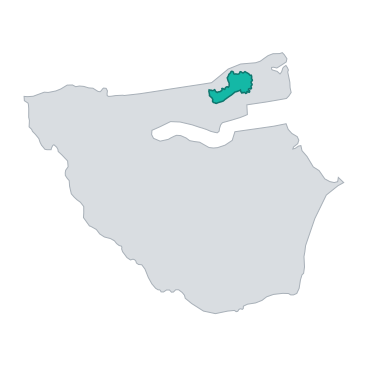 location of Sedhiou, Sédhiou, Senegal, rotated 171°
{"feature_id": "50182788B34006486463131", "entity_name": "Sedhiou", "entity_type": "district", "adm_level": 2, "iso_a3": "SEN", "parent_name": "Senegal", "parent_adm1": "Sédhiou", "projection": "natural_earth1", "projection_center": [-15.59, 12.794], "detail": "fine", "context": "in_parent", "style": "filled", "palette": "teal", "viewbox_px": 384, "rotation_deg": 171, "n_neighbors": 0, "source": "geoboundaries", "source_scale": "gbopen_adm2", "svg_char_len": 7815}
<svg xmlns="http://www.w3.org/2000/svg" viewBox="0 0 384 384"><g transform="rotate(171 192 192)"><path d="M298.6,174.5L303.2,183.7L302.2,188.2L301.2,194.6L303.8,199.3L306.9,202.4L309.1,205.2L311.5,209.1L312.0,216.9L311.5,222.5L313.1,225.0L314.5,228.2L314.2,230.8L313.4,233.2L310.4,236.3L310.0,242.1L314.8,249.1L317.8,252.9L317.8,255.1L318.7,257.5L321.0,260.3L322.3,259.7L323.9,257.4L324.6,255.8L328.7,256.5L330.6,257.2L333.3,261.8L334.3,264.9L334.9,268.7L337.7,273.5L340.1,276.9L340.6,279.0L342.7,281.8L341.4,288.1L341.6,291.4L340.2,299.9L339.9,303.9L340.0,305.4L343.3,308.4L342.9,312.7L339.6,311.9L333.9,311.4L322.3,313.7L318.4,312.8L310.8,313.1L305.4,314.3L298.6,317.1L293.3,316.4L290.4,314.2L286.6,314.3L282.3,313.2L277.8,311.0L273.6,310.0L269.2,306.1L267.1,305.4L265.6,306.4L264.4,307.7L263.1,308.5L260.6,307.8L259.7,305.1L260.5,302.5L260.7,300.6L259.6,299.5L256.8,299.2L252.4,299.2L245.3,298.4L243.7,297.9L227.8,297.2L211.2,297.1L197.2,297.1L179.6,297.0L167.2,296.9L155.6,296.9L146.6,302.1L137.0,307.8L123.9,310.8L108.9,309.7L104.1,310.5L99.2,313.0L95.5,314.8L90.4,315.9L83.7,315.0L81.0,315.5L79.3,313.0L77.4,308.8L78.6,305.7L82.7,303.8L88.8,301.2L92.0,302.5L93.9,302.6L94.2,300.9L93.6,300.0L89.0,297.8L86.6,294.8L84.7,296.6L82.9,300.2L81.5,301.3L79.4,302.3L78.3,299.8L77.7,297.4L78.7,295.6L78.2,285.2L78.8,279.6L78.5,274.8L81.4,271.6L84.1,269.6L94.9,269.4L104.8,269.3L114.4,269.4L124.2,269.5L125.2,259.8L128.3,259.0L132.9,258.0L141.5,256.8L151.1,255.7L153.2,253.8L154.8,250.6L155.8,247.7L157.8,246.5L160.5,247.5L164.0,249.0L167.6,251.3L171.8,253.5L174.6,254.8L181.3,258.3L192.8,263.0L202.2,264.9L213.6,261.4L221.9,259.2L222.9,255.0L221.6,251.0L215.5,247.2L207.1,247.7L204.6,248.7L200.7,249.9L198.4,250.4L194.4,249.5L189.4,246.3L186.3,243.1L181.9,241.5L176.7,240.0L168.3,233.3L164.0,232.1L159.9,231.8L152.0,233.1L144.2,236.7L140.2,244.8L132.4,244.7L116.0,244.4L100.9,244.2L88.4,244.7L87.2,238.8L84.2,234.2L79.4,230.2L78.4,226.5L80.0,223.2L84.7,220.6L85.7,218.7L83.3,218.9L79.6,220.7L77.2,220.8L76.9,215.6L72.8,209.0L68.3,197.8L63.1,193.2L58.8,184.2L54.2,180.7L50.1,179.1L46.5,179.4L45.2,183.5L40.7,177.6L46.8,175.4L59.8,168.0L74.8,146.6L88.2,121.3L89.9,115.3L91.5,110.7L92.6,100.4L94.5,94.2L96.3,93.0L98.6,88.3L101.3,80.0L104.4,75.4L107.9,74.5L110.6,74.9L112.5,76.6L118.2,77.7L127.5,78.1L134.7,76.8L139.8,74.0L146.5,72.5L154.8,72.5L159.1,71.2L159.6,68.9L160.6,68.2L162.4,69.1L164.0,68.7L165.5,67.0L167.1,66.9L168.6,68.4L175.5,68.8L187.9,68.2L199.3,72.6L209.8,81.9L215.3,88.1L215.6,91.2L217.4,94.3L220.5,97.5L223.4,98.0L226.0,96.1L228.0,96.3L229.5,98.7L232.5,99.2L235.8,97.7L238.2,98.2L238.6,99.6L239.2,100.4L240.8,100.7L243.0,102.6L246.0,107.5L248.5,114.4L250.5,123.2L253.0,128.0L256.2,128.8L258.0,130.6L258.3,132.7L259.3,134.1L260.8,134.9L263.4,134.5L266.5,137.4L269.9,143.9L270.4,146.8L269.9,148.4L270.1,149.5L272.4,150.6L274.5,152.8L276.2,155.9L279.9,158.8L285.6,161.3L289.7,165.0L292.3,169.9L297.5,174.0L298.6,174.5Z" fill="#d9dde1" stroke="#a8b0b8" stroke-width="1"/><path d="M115.2,298.1L115.5,298.1L115.9,298.1L116.1,298.1L116.5,298.4L116.8,298.7L116.8,298.8L117.2,299.5L117.4,299.8L117.6,299.9L118.1,300.4L118.3,300.5L118.5,300.8L119.0,301.1L119.6,301.5L119.8,301.7L120.7,302.5L120.8,302.6L121.0,302.6L121.8,302.1L122.1,301.9L122.3,301.8L122.7,301.7L122.9,301.6L123.6,301.9L123.9,302.2L124.0,302.3L124.6,302.9L125.0,303.2L125.3,303.2L125.7,303.2L125.9,302.9L126.0,302.7L126.2,302.4L126.4,302.1L126.8,301.6L127.0,301.4L127.3,301.3L127.5,301.3L127.7,301.2L127.8,301.2L128.3,301.2L128.6,301.3L129.0,301.3L129.4,301.5L129.5,301.5L130.0,301.7L130.2,301.8L130.4,301.8L130.8,301.8L131.3,301.7L131.5,301.8L131.9,302.0L132.1,302.1L132.2,302.3L132.3,302.5L132.3,302.8L132.3,303.1L132.3,303.3L132.3,303.8L132.4,304.0L132.8,304.5L133.0,304.7L133.3,304.8L133.7,304.9L133.9,305.0L134.2,305.0L134.4,304.9L134.6,304.7L134.9,304.5L135.1,304.2L135.4,303.6L135.9,303.3L136.5,302.9L137.0,302.6L137.2,302.4L137.3,302.3L137.4,302.1L137.7,301.3L137.9,301.1L137.9,300.9L138.0,300.8L138.6,300.1L139.2,299.5L139.3,299.4L139.3,299.1L139.3,298.8L139.0,296.4L138.9,295.9L138.8,295.5L138.6,295.0L138.4,294.2L138.3,293.9L138.3,293.6L138.3,293.2L138.4,292.8L138.5,292.5L138.5,292.4L138.5,292.2L138.7,291.0L138.8,290.7L139.1,290.4L139.3,290.3L139.4,290.2L139.5,290.1L139.6,289.8L139.7,289.7L139.9,289.8L140.2,290.1L140.4,290.3L140.8,290.5L141.2,290.4L141.5,290.4L142.3,290.0L142.4,289.9L142.6,289.7L142.8,289.6L143.1,289.2L143.4,288.5L143.5,288.3L143.8,288.2L144.0,288.3L144.4,288.6L144.9,289.1L145.1,289.3L145.3,289.4L145.5,289.5L145.9,289.6L146.1,289.6L146.3,289.5L146.4,289.4L146.3,289.0L146.3,288.7L146.3,288.4L146.4,288.2L146.5,288.1L146.6,287.9L146.8,287.5L147.0,287.4L147.6,287.3L148.1,286.9L148.4,286.9L148.6,286.8L148.8,286.7L149.5,286.7L149.7,286.8L150.0,286.8L150.4,286.7L150.5,286.7L150.8,286.7L151.2,286.5L151.3,286.3L151.7,286.4L151.8,286.5L152.0,286.9L152.1,287.0L152.4,287.0L152.5,287.1L152.8,287.5L153.0,287.7L153.1,287.8L153.1,288.0L153.2,288.3L153.2,288.6L153.3,288.9L153.6,289.5L153.8,289.6L154.0,289.4L154.2,289.2L154.8,289.0L155.0,289.0L155.4,289.0L155.6,289.0L155.9,288.9L156.2,289.0L156.3,289.0L156.6,289.1L156.8,289.3L157.1,289.4L157.1,289.5L157.3,289.5L157.6,289.5L157.8,289.5L158.0,289.6L158.3,290.0L158.8,290.0L159.0,290.1L159.0,289.9L159.3,289.5L159.5,289.3L159.5,289.2L159.6,288.8L159.5,287.0L159.5,286.3L159.5,286.2L159.5,285.7L159.5,285.3L159.6,284.9L159.7,284.4L157.7,281.9L157.5,281.6L157.4,281.4L157.4,281.2L157.2,280.5L157.0,280.3L157.0,280.1L157.0,279.9L157.1,279.5L157.5,278.8L157.5,278.5L157.5,278.1L157.4,277.8L157.3,277.7L157.0,277.4L156.9,277.4L156.8,277.1L156.7,277.1L156.3,276.8L156.0,276.7L155.8,276.6L155.7,276.6L155.4,276.4L155.2,276.4L155.0,276.2L154.8,276.1L154.7,276.0L154.7,275.9L154.4,275.8L154.2,275.7L153.9,275.8L153.6,275.8L153.3,275.9L153.2,275.9L153.1,276.0L152.7,276.1L152.1,276.2L151.9,276.2L151.4,276.3L151.1,276.3L150.9,276.4L150.7,276.4L150.3,276.4L150.2,276.5L149.8,276.5L149.5,276.5L149.2,276.6L148.8,276.6L148.7,276.7L148.3,276.7L147.6,276.8L147.3,276.9L147.1,276.9L146.9,277.0L146.7,277.1L146.4,277.3L146.1,277.4L145.9,277.6L145.7,277.7L144.6,278.5L144.3,278.5L144.1,278.6L142.8,279.3L141.4,280.0L140.7,280.4L140.3,280.5L139.4,281.0L138.6,281.3L137.4,281.9L136.9,282.2L136.4,282.5L134.9,283.4L134.6,283.6L134.2,283.9L134.0,284.0L133.4,284.1L132.8,284.1L132.4,284.2L131.9,284.2L131.1,284.4L130.7,284.5L130.4,284.5L129.3,284.8L129.1,284.8L128.6,285.0L128.4,285.0L128.2,285.1L128.2,284.4L128.2,284.2L128.1,283.8L128.1,283.7L127.9,283.2L127.8,282.9L127.6,282.6L127.5,282.4L127.5,282.2L127.4,282.0L127.2,281.9L127.1,282.0L126.9,282.2L126.7,282.3L126.4,282.4L126.2,282.4L126.0,282.2L125.9,282.1L125.7,282.0L125.3,282.1L125.1,282.1L124.5,282.2L124.4,282.2L124.1,281.9L123.9,281.5L123.6,281.0L123.4,280.9L122.9,281.1L122.6,281.3L122.4,281.3L122.3,281.5L122.1,281.9L122.1,282.2L122.1,282.3L122.1,282.5L121.9,282.6L121.7,282.7L121.3,282.5L121.2,282.5L120.9,282.1L120.7,281.9L120.0,281.5L119.7,281.6L119.4,282.0L119.3,282.4L119.2,282.8L119.5,283.3L119.8,283.7L120.1,283.9L120.1,284.1L120.2,284.5L120.1,284.8L119.8,285.0L119.6,285.0L119.4,285.1L119.1,285.2L118.7,285.1L118.2,284.8L118.1,284.6L117.8,284.6L117.5,284.7L117.4,284.8L117.1,285.0L117.0,285.4L117.0,285.6L117.0,285.8L117.2,286.3L117.3,286.6L117.2,286.9L117.1,287.3L116.9,287.5L116.7,287.8L116.3,288.1L116.1,288.2L116.0,288.3L115.9,288.6L115.8,289.0L115.9,289.5L116.2,289.8L116.3,290.1L116.5,290.5L116.5,290.8L116.4,291.1L116.3,291.4L116.3,291.6L116.1,291.9L116.0,292.0L115.8,292.1L115.5,292.3L115.2,292.4L115.0,292.8L114.9,292.9L114.9,293.0L115.0,293.2L115.0,293.6L115.0,293.9L115.1,294.0L115.3,294.2L115.5,294.5L115.4,294.9L115.3,295.3L115.3,295.5L115.2,295.6L115.1,295.9L115.1,296.0L115.1,296.3L115.0,296.6L115.0,296.9L115.0,297.0L115.0,297.3L115.2,298.1Z" fill="#14b8a6" stroke="#0f766e" stroke-width="1.5"/></g></svg>